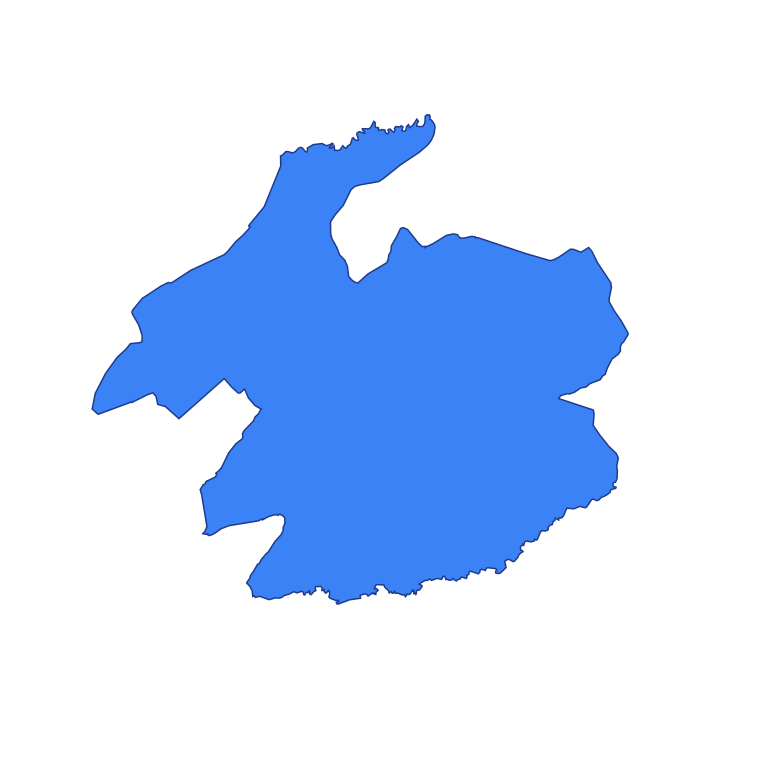 outline of Kibaha Urban, Pwani, United Republic of Tanzania, rotated 46°
{"feature_id": "72390352B56720706839933", "entity_name": "Kibaha Urban", "entity_type": "district", "adm_level": 2, "iso_a3": "TZA", "parent_name": "United Republic of Tanzania", "parent_adm1": "Pwani", "projection": "robinson", "projection_center": [38.935, -6.691], "detail": "fine", "context": "isolated", "style": "filled", "palette": "blue", "viewbox_px": 768, "rotation_deg": 46, "n_neighbors": 0, "source": "geoboundaries", "source_scale": "gbopen_adm2", "svg_char_len": 6170}
<svg xmlns="http://www.w3.org/2000/svg" viewBox="0 0 768 768"><g transform="rotate(46 384 384)"><path d="M615.5,285.7L614.0,282.1L608.1,276.0L604.9,273.8L599.9,266.8L595.1,265.2L585.1,265.6L571.0,264.3L559.1,262.3L551.4,253.6L548.1,251.5L515.8,268.5L515.1,265.0L518.0,259.2L520.0,257.5L522.2,252.7L523.5,245.2L526.5,240.7L526.8,235.5L531.1,225.5L530.1,221.1L530.7,218.2L527.6,212.1L524.4,202.6L525.3,194.6L524.4,190.9L521.8,188.5L520.2,185.8L520.1,182.2L518.0,174.1L516.6,173.0L503.9,169.6L491.0,167.5L481.2,164.9L478.7,162.3L472.6,153.4L468.7,150.5L445.3,146.2L432.6,142.2L428.0,142.0L426.0,150.8L418.8,154.1L416.6,156.2L414.2,170.2L412.4,175.8L410.7,178.8L388.5,191.5L343.6,215.0L342.5,216.5L341.5,216.1L338.6,218.5L334.6,225.2L331.6,228.0L327.6,227.4L324.2,229.8L320.4,236.0L317.1,251.3L315.2,257.0L314.3,258.0L314.7,259.5L313.5,258.9L311.6,261.2L305.7,261.3L289.2,259.7L284.8,261.6L283.6,264.1L286.9,272.8L289.7,282.7L293.4,286.9L294.5,290.9L296.9,293.9L298.7,297.7L293.7,319.0L293.2,332.7L290.2,334.3L286.9,334.9L282.0,334.7L274.1,328.7L267.7,326.2L260.2,326.2L253.2,323.2L243.3,320.5L239.0,318.1L230.2,309.8L228.3,301.2L227.2,289.3L221.3,272.6L221.6,267.7L223.8,263.4L234.8,247.0L235.8,241.6L237.8,219.8L241.8,197.8L242.4,187.2L241.9,182.5L240.7,178.3L238.7,174.0L234.9,169.1L232.8,167.6L229.9,166.9L227.1,166.5L225.5,167.2L224.1,165.4L222.1,164.3L221.7,165.4L220.9,165.4L220.1,166.4L220.1,168.5L224.1,172.6L225.1,174.5L225.5,176.4L225.0,178.3L221.3,181.4L219.8,179.8L219.0,176.8L216.3,176.4L217.9,183.7L217.7,185.8L217.4,187.5L214.5,186.1L214.3,188.6L216.5,191.8L216.6,193.1L215.4,194.6L214.1,195.1L212.2,191.7L210.2,192.3L210.2,193.9L206.9,196.8L207.5,199.1L208.7,199.4L209.9,201.6L209.1,202.4L205.2,202.4L203.9,203.9L204.2,204.9L205.8,205.2L206.6,206.8L206.1,208.0L203.7,208.2L202.0,206.9L199.4,208.8L199.4,210.1L198.7,210.7L197.4,211.1L196.8,210.2L197.0,211.1L195.7,210.0L193.7,211.6L192.5,211.5L190.0,208.7L188.0,208.9L190.3,215.6L189.7,217.9L185.3,222.2L186.6,223.1L189.1,222.7L190.3,223.7L185.2,226.6L184.7,228.8L185.4,230.1L190.4,232.6L190.6,233.6L188.7,235.1L185.4,235.1L185.2,236.0L188.2,241.6L187.5,244.9L188.1,247.5L186.9,248.2L184.0,248.1L185.0,252.7L184.4,254.5L181.5,257.2L178.1,254.4L177.7,258.3L176.5,259.3L176.0,258.9L176.1,254.0L175.0,253.8L173.7,258.1L172.2,260.1L168.0,261.5L162.7,268.5L161.0,275.2L163.0,276.9L163.5,278.5L162.4,279.0L157.5,278.8L155.8,279.6L154.9,281.8L155.3,285.9L154.5,289.1L149.7,291.9L148.6,293.4L148.8,296.8L148.6,299.7L148.1,300.0L155.5,306.9L173.3,347.1L176.0,370.7L176.8,371.7L177.9,371.1L178.5,373.4L179.0,382.8L178.6,391.4L180.1,405.0L179.9,409.3L168.0,443.9L163.8,466.0L162.3,468.2L161.1,468.7L158.6,476.6L154.5,498.5L156.2,513.3L157.1,515.3L159.0,516.4L171.0,519.4L181.2,524.3L185.5,528.8L184.4,531.3L178.8,538.4L179.7,545.2L179.5,557.6L182.9,576.7L190.2,598.3L199.3,611.3L207.2,610.7L221.4,578.4L222.1,578.3L227.3,561.8L229.8,556.4L234.6,556.6L241.5,560.9L248.4,556.9L266.5,555.6L269.1,495.2L280.5,495.7L289.2,495.2L290.5,493.7L290.7,487.8L299.9,491.2L309.8,491.8L316.9,489.7L316.9,491.3L318.2,494.5L318.2,499.9L319.9,503.5L320.4,517.2L321.4,520.3L323.9,522.1L325.0,524.0L324.1,531.7L325.6,543.4L331.3,559.0L331.7,563.5L331.3,566.9L333.0,567.3L333.7,570.2L330.5,579.7L331.6,582.3L330.9,583.8L332.2,589.5L337.0,592.1L363.5,610.4L365.5,614.8L365.8,618.3L368.6,616.3L369.3,614.9L370.0,615.6L371.3,615.3L372.7,613.0L373.9,609.0L375.0,601.6L378.3,593.8L395.0,569.7L396.3,566.1L397.0,564.9L397.4,565.4L399.2,559.1L401.5,554.5L403.9,551.5L404.9,551.5L405.1,549.4L409.2,548.1L411.5,548.6L415.2,551.8L417.4,556.7L419.2,557.9L420.9,562.5L421.6,572.1L424.5,584.2L424.2,586.6L425.1,594.4L426.6,598.9L425.8,600.0L428.1,607.9L428.9,612.7L430.5,615.6L431.6,621.0L436.5,621.1L441.2,622.5L445.7,626.0L446.2,624.5L448.1,624.8L450.1,621.3L451.5,620.3L459.3,616.5L462.5,610.5L465.6,607.7L466.6,605.3L466.8,602.8L469.3,598.1L470.7,593.2L473.8,591.7L476.1,586.9L477.8,586.8L479.8,588.1L480.7,587.5L479.9,585.1L480.0,584.3L481.4,583.5L480.9,581.6L481.9,581.7L483.6,583.3L484.9,582.8L484.5,577.9L485.3,577.0L485.0,576.2L482.7,575.3L482.4,573.9L485.8,570.0L487.7,570.2L489.3,572.1L490.3,569.9L491.4,571.2L493.8,571.3L494.3,570.3L493.8,567.4L494.6,567.1L497.4,569.0L498.9,571.6L500.7,571.6L506.0,569.1L508.0,567.0L508.9,567.6L507.8,570.0L509.3,570.6L510.4,570.0L515.3,558.7L521.8,549.7L519.4,547.9L521.2,544.5L522.7,542.6L525.5,542.8L526.3,537.7L526.9,537.7L526.9,536.7L528.7,536.9L529.7,536.0L528.4,534.8L528.2,531.4L525.3,531.8L525.1,533.2L523.9,532.5L523.0,529.2L523.6,528.2L528.5,523.7L530.8,524.6L535.6,524.3L537.9,525.4L538.1,523.2L540.1,523.5L540.8,522.8L540.6,520.4L542.2,521.3L544.3,519.2L548.3,517.5L549.6,515.8L551.8,516.4L551.6,514.5L550.8,513.9L552.6,512.5L553.2,511.1L552.1,506.5L553.1,506.0L553.1,507.3L554.3,506.7L555.3,508.1L556.0,506.7L557.2,507.6L557.5,506.8L555.4,504.3L555.3,503.3L556.3,502.6L556.8,501.0L556.0,497.1L555.0,496.7L552.5,497.9L552.2,497.3L554.0,490.5L555.4,489.4L555.9,486.7L558.3,486.2L560.9,480.6L564.3,478.6L564.4,477.3L563.3,475.3L563.7,474.5L565.7,474.3L567.7,475.4L568.2,474.3L570.3,473.5L571.7,471.9L572.0,469.4L573.7,469.6L576.0,468.6L576.0,466.8L577.1,464.8L576.5,462.4L581.1,459.9L580.4,458.3L579.1,457.6L579.9,455.4L578.5,453.6L578.6,451.8L586.0,448.1L586.0,445.9L584.6,444.0L585.0,442.6L588.5,440.6L587.6,438.1L588.3,436.9L594.3,432.0L595.9,432.0L596.5,434.2L597.6,434.9L599.7,433.5L600.8,431.6L600.9,423.7L595.4,420.4L595.9,417.5L597.1,415.8L601.3,414.6L602.1,413.4L601.7,408.2L600.7,406.2L600.5,403.0L601.2,400.5L599.6,400.4L598.6,401.1L595.5,398.8L596.2,396.8L595.4,395.7L597.1,395.5L595.6,393.1L595.4,391.7L596.0,390.6L599.7,387.9L601.4,384.7L600.4,383.4L602.2,382.7L602.3,381.6L599.3,374.6L599.1,372.6L598.4,373.0L601.8,370.1L602.9,367.8L602.4,366.4L601.1,365.6L600.9,362.6L602.1,360.6L600.8,358.9L600.4,356.4L600.9,356.0L599.4,354.2L603.2,352.8L601.8,351.5L603.6,349.4L603.7,346.7L600.3,338.8L605.7,334.1L608.1,328.1L612.6,325.4L613.3,324.1L611.5,315.5L611.8,313.6L615.7,312.0L616.7,309.6L616.4,306.8L618.2,302.2L619.1,296.9L617.6,294.3L619.9,290.0L619.8,289.0L619.1,288.9L617.6,290.1L615.2,289.3L614.5,286.9L615.5,285.7Z" fill="#3b82f6" stroke="#1e3a8a" stroke-width="1.5"/></g></svg>